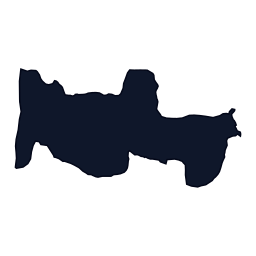 outline of Ofu, Kogi, Nigeria
{"feature_id": "59680162B1935816053049", "entity_name": "Ofu", "entity_type": "district", "adm_level": 2, "iso_a3": "NGA", "parent_name": "Nigeria", "parent_adm1": "Kogi", "projection": "natural_earth1", "projection_center": [7.061, 7.325], "detail": "fine", "context": "isolated", "style": "filled", "palette": "ink", "viewbox_px": 256, "rotation_deg": 0, "n_neighbors": 0, "source": "geoboundaries", "source_scale": "gbopen_adm2", "svg_char_len": 2683}
<svg xmlns="http://www.w3.org/2000/svg" viewBox="0 0 256 256"><path d="M20.9,69.1L19.5,81.1L19.7,99.7L19.8,101.9L21.2,111.7L19.5,119.2L18.3,129.8L16.2,139.3L15.6,146.1L16.2,152.9L16.5,158.3L15.4,167.3L16.4,168.2L23.1,167.0L27.8,163.6L30.5,158.9L31.4,151.8L33.1,145.5L35.4,141.1L38.0,141.5L39.2,141.7L40.9,144.5L47.3,145.4L53.5,155.1L54.2,157.1L55.9,157.4L59.2,158.7L61.3,160.2L62.9,161.3L64.6,161.2L70.8,163.3L74.5,165.1L79.2,167.7L82.9,171.1L86.2,173.0L88.1,174.4L91.4,174.6L92.4,175.2L95.2,176.4L95.4,176.5L95.9,176.7L98.0,177.1L102.3,176.2L105.5,176.2L108.8,176.2L111.0,176.2L113.6,174.6L117.1,174.3L120.4,173.7L124.3,172.1L126.1,170.2L127.3,167.9L127.8,165.4L128.2,161.0L128.7,159.0L127.9,156.4L128.2,152.1L129.0,151.2L129.5,150.7L130.5,151.4L134.8,154.8L137.1,154.6L138.6,155.0L141.2,156.4L142.1,156.4L143.4,156.7L144.7,157.4L145.8,156.9L147.5,158.0L149.8,158.8L150.4,159.0L152.8,159.0L154.0,159.2L156.5,159.6L157.8,159.8L159.1,160.1L160.4,161.8L165.9,163.8L167.0,159.6L170.9,159.3L174.6,159.0L178.7,159.9L181.4,161.0L182.4,161.3L183.2,162.6L184.7,164.1L185.4,165.0L185.6,170.1L185.5,175.0L186.7,184.2L191.4,186.0L197.7,186.9L201.1,185.7L205.8,184.7L212.2,180.5L213.8,178.3L215.5,176.9L217.8,174.3L219.4,171.6L220.7,167.7L222.0,162.9L222.1,162.6L223.3,159.7L224.6,157.0L224.2,154.5L224.7,152.9L224.8,152.4L225.1,150.1L226.3,147.2L227.1,145.3L226.5,140.8L227.5,138.2L232.6,136.0L235.6,135.7L237.5,134.0L240.4,136.1L240.6,134.8L240.6,133.8L240.3,132.2L237.2,130.9L235.9,128.0L235.3,127.1L235.0,125.7L236.2,125.1L235.4,122.7L234.1,120.5L233.1,119.6L232.8,118.6L232.1,117.1L231.6,114.9L231.9,113.7L233.4,112.2L234.5,110.8L234.7,110.2L234.7,109.5L232.0,108.9L229.5,111.6L228.9,114.0L226.2,113.5L223.0,113.8L220.0,115.7L213.1,117.6L205.2,116.3L199.6,115.6L194.3,115.2L189.3,115.4L182.2,118.1L180.7,118.2L176.9,118.6L171.5,118.5L169.1,118.3L166.6,118.2L161.4,116.6L160.2,114.4L159.1,113.0L158.0,111.5L156.5,109.2L157.8,101.8L157.3,99.8L156.7,98.5L156.4,96.4L156.0,94.9L155.6,92.1L156.1,90.3L157.2,88.4L158.1,86.1L157.5,84.6L156.0,82.6L154.2,79.7L153.8,75.2L152.8,73.5L147.2,70.2L140.4,70.1L134.2,70.2L129.7,70.0L127.6,72.9L125.1,79.8L123.7,83.4L123.2,88.2L120.8,93.8L118.8,95.6L118.3,95.6L115.1,95.8L111.9,94.4L108.7,94.0L106.4,95.2L103.7,95.4L102.2,94.5L99.4,93.0L95.9,92.6L92.3,92.7L89.7,93.0L88.1,93.2L86.6,93.9L84.9,94.3L82.9,94.5L80.3,94.6L78.5,94.7L77.1,94.2L75.9,94.4L75.3,94.4L74.6,95.4L72.8,96.1L70.7,95.6L70.4,95.4L68.4,95.4L65.1,94.9L63.9,91.9L62.3,87.3L60.9,85.7L59.1,84.4L57.7,82.3L56.2,81.1L54.6,80.7L52.8,83.7L48.7,84.8L45.6,84.1L42.3,81.1L40.6,78.6L39.4,75.0L37.2,71.7L35.9,70.6L31.0,70.3L27.3,71.3L20.9,69.1Z" fill="#0f172a" stroke="#020617" stroke-width="1.5"/></svg>